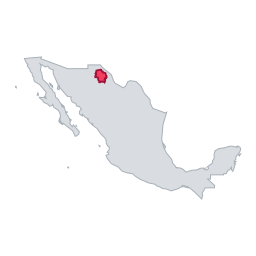 location of Ahumada, Chihuahua, Mexico
{"feature_id": "50627088B53671513789035", "entity_name": "Ahumada", "entity_type": "district", "adm_level": 2, "iso_a3": "MEX", "parent_name": "Mexico", "parent_adm1": "Chihuahua", "projection": "mercator", "projection_center": [-106.345, 30.427], "detail": "fine", "context": "in_parent", "style": "filled", "palette": "rose", "viewbox_px": 256, "rotation_deg": 0, "n_neighbors": 0, "source": "geoboundaries", "source_scale": "gbopen_adm2", "svg_char_len": 5419}
<svg xmlns="http://www.w3.org/2000/svg" viewBox="0 0 256 256"><path d="M24.4,58.5L41.5,57.0L40.7,58.7L67.8,68.7L87.9,68.6L87.9,64.9L100.4,64.9L102.6,67.6L111.4,74.8L113.5,80.8L115.0,83.1L123.2,87.8L125.8,86.0L127.8,81.7L130.2,80.7L136.1,81.5L141.0,86.3L144.3,93.3L149.9,99.5L150.3,103.5L152.7,108.3L165.1,112.9L166.7,112.2L163.0,124.6L161.7,139.2L162.3,142.3L165.5,146.4L164.8,148.6L165.0,146.4L162.4,142.9L163.2,146.1L166.4,152.9L171.6,159.3L172.8,163.3L176.4,167.4L175.4,167.2L177.5,168.2L176.9,167.6L180.7,168.1L183.4,169.5L185.8,172.1L192.3,170.2L197.1,169.9L200.2,168.3L203.5,168.0L204.2,168.6L204.0,169.4L206.7,170.0L208.5,168.7L208.0,166.6L207.1,167.1L207.4,166.7L212.3,163.2L212.7,160.4L214.1,158.7L214.1,154.1L215.1,150.7L218.9,148.6L225.6,147.6L228.5,146.4L231.8,146.1L237.2,147.3L237.6,146.6L236.2,146.5L238.0,146.0L240.2,147.5L240.6,149.6L239.5,152.4L236.0,156.6L235.8,159.4L234.1,161.1L234.4,161.7L235.9,161.5L234.3,163.2L234.3,163.9L235.4,163.7L233.2,170.7L232.7,171.3L231.6,169.8L231.3,167.1L229.7,169.9L228.1,170.1L226.1,173.7L223.8,173.6L223.6,174.8L210.5,174.8L210.5,179.0L207.6,179.0L214.6,185.4L214.4,187.8L205.2,187.8L201.9,193.7L202.8,195.1L201.7,199.0L195.0,192.4L189.7,187.9L186.4,186.2L186.1,186.6L189.1,188.1L184.4,186.8L184.7,185.7L183.5,186.2L182.7,185.2L181.8,186.2L183.4,186.7L181.0,187.0L178.7,188.5L171.2,190.9L166.4,189.0L162.4,188.5L159.6,186.8L156.9,186.0L155.2,184.3L148.6,182.9L140.3,179.4L135.0,176.0L132.7,173.7L127.2,172.9L121.9,171.0L118.5,167.2L111.2,163.6L107.3,158.5L106.0,155.4L108.9,153.9L108.5,152.6L107.1,152.2L109.1,149.8L109.3,147.0L107.7,146.0L106.2,143.2L106.2,140.6L105.1,138.2L100.8,133.9L97.0,128.5L91.1,123.9L92.8,124.8L92.9,123.8L89.8,122.8L87.4,119.1L89.1,119.3L84.5,116.8L83.8,115.5L82.1,116.0L81.8,115.4L83.1,114.0L80.9,115.1L79.6,114.0L79.3,111.6L80.9,109.5L81.5,109.9L80.3,107.6L78.9,106.2L76.9,106.3L75.6,103.3L73.2,102.6L71.8,101.3L70.8,98.7L71.4,97.0L67.2,96.2L59.8,87.6L59.3,85.6L58.2,85.0L53.4,74.2L53.0,71.0L53.5,69.9L49.4,68.5L48.4,66.7L47.1,66.1L45.6,67.1L40.0,63.8L41.1,66.0L40.4,70.1L41.7,73.3L42.8,79.4L48.4,84.8L50.3,88.4L51.1,88.2L51.5,89.3L52.3,89.4L53.1,91.8L54.7,92.5L55.7,97.3L58.6,99.7L59.6,102.4L60.9,103.3L61.9,106.5L63.1,107.3L62.4,104.9L64.0,106.3L66.0,113.6L67.8,115.6L70.3,120.8L69.9,123.0L70.5,124.9L72.6,126.8L73.3,124.9L79.3,131.6L78.8,134.1L76.4,136.0L75.1,136.2L72.6,130.7L63.2,123.3L62.3,123.4L60.4,121.0L60.0,119.4L60.5,115.9L59.7,112.6L58.2,110.2L53.7,107.3L52.7,104.4L51.9,105.6L49.6,106.2L47.8,104.2L43.5,102.2L42.8,100.5L39.6,98.0L39.3,97.2L42.6,97.6L44.6,96.9L44.5,97.7L46.2,98.5L45.6,96.6L44.8,96.4L46.3,92.5L40.0,84.9L34.8,81.6L33.8,79.9L33.8,77.1L32.5,76.2L32.0,73.0L30.3,71.6L30.1,69.7L27.7,66.6L27.3,65.2L28.0,64.3L26.4,63.0L24.4,58.5ZM59.5,87.8L59.0,89.7L57.3,89.0L57.9,86.1L58.9,85.8L59.5,87.8ZM52.7,87.4L50.3,85.3L49.6,83.1L50.9,83.8L51.2,85.0L52.4,85.3L52.7,87.4ZM239.4,156.0L238.8,155.4L239.1,154.6L240.6,153.9L239.4,156.0ZM60.5,123.3L58.8,121.4L59.8,117.5L59.5,121.0L60.5,123.3ZM38.4,95.3L37.1,95.1L37.9,92.9L38.5,94.5L38.4,95.3ZM16.5,88.3L15.4,86.9L15.6,86.3L16.0,86.3L16.5,88.3ZM62.0,123.4L63.0,124.9L60.8,123.4L62.0,123.4ZM100.1,146.1L99.9,146.7L99.3,146.4L99.1,145.4L100.1,146.1ZM70.9,119.4L71.3,120.6L70.2,119.1L70.9,119.4ZM66.8,111.6L67.4,112.1L66.5,113.2L66.8,111.6ZM68.7,167.8L68.2,168.0L67.6,167.5L68.1,166.9L68.7,167.8ZM205.8,168.1L204.7,168.3L206.6,167.7L205.8,168.1ZM76.6,126.2L76.0,126.0L76.0,124.9L76.6,126.2Z" fill="#d9dde1" stroke="#a8b0b8" stroke-width="1"/><path d="M97.8,70.4L97.5,70.1L97.3,70.1L97.3,70.6L96.2,70.6L96.2,70.9L96.3,70.9L96.2,70.9L96.2,71.0L96.2,71.7L96.0,71.8L96.0,72.0L95.9,72.1L95.8,72.3L95.8,72.5L96.3,72.5L96.3,73.0L96.1,73.0L96.2,73.3L96.1,73.6L95.9,73.7L95.5,73.7L96.0,74.4L95.9,74.4L95.9,74.5L95.9,74.8L95.8,74.7L95.7,74.7L95.7,74.8L95.6,75.0L96.1,75.0L95.1,76.3L95.7,76.8L95.6,77.0L95.4,77.3L95.7,77.3L95.9,77.1L96.0,77.2L96.2,76.9L96.3,76.9L96.4,77.0L96.5,77.1L96.8,77.0L97.0,77.2L97.0,77.3L97.1,77.5L97.4,77.5L98.3,77.8L98.3,78.4L98.2,78.4L98.2,78.7L98.0,78.9L98.1,79.1L98.0,79.4L98.1,79.6L98.3,79.9L98.3,80.0L98.3,80.3L98.4,80.5L98.7,80.6L98.8,80.6L99.0,80.6L99.0,80.9L99.1,81.2L99.2,81.4L99.3,81.4L99.2,81.5L99.0,82.1L99.4,82.1L99.4,81.7L99.6,81.7L99.7,81.8L100.0,81.8L100.0,82.0L100.1,82.3L100.2,82.2L100.3,81.9L101.0,81.8L101.1,82.0L101.8,82.0L101.7,81.9L101.6,81.7L101.8,81.4L102.0,81.4L102.2,81.5L102.9,81.7L104.2,81.6L104.1,81.9L104.0,82.1L104.2,82.3L104.3,82.4L104.3,82.1L104.5,82.0L104.9,82.1L105.0,81.7L104.5,81.4L105.0,81.4L105.0,80.8L105.0,80.6L105.3,80.6L105.3,79.4L105.0,79.4L104.4,79.4L104.3,79.2L104.5,79.0L104.6,78.9L104.9,78.6L105.2,78.4L105.3,78.4L105.5,78.3L105.6,78.2L105.8,78.1L105.7,78.0L105.8,78.0L105.8,77.9L106.3,78.1L106.3,77.7L105.9,77.7L106.0,77.6L105.9,77.4L106.0,77.2L106.3,77.1L106.3,76.9L106.6,76.9L106.8,76.9L106.7,76.6L106.5,76.4L106.5,76.2L106.5,75.9L106.6,75.7L106.4,75.5L105.9,75.5L105.9,74.3L105.7,74.2L105.7,73.8L105.7,73.3L105.7,73.2L105.3,73.1L105.3,72.9L105.1,72.7L104.9,72.6L104.5,72.6L104.5,72.9L103.3,72.9L103.3,72.2L103.5,72.2L103.4,72.2L103.2,72.2L103.0,71.9L103.0,71.5L102.7,71.5L102.3,71.7L102.3,71.4L102.3,71.2L102.1,71.1L101.9,71.1L101.7,71.1L101.7,70.9L101.7,70.7L101.5,70.1L101.4,70.1L101.0,69.8L101.0,70.1L100.8,70.0L100.9,69.8L100.0,69.8L100.1,70.1L99.5,70.1L99.4,70.1L99.2,70.1L99.1,69.9L98.9,69.9L98.9,70.0L98.7,70.0L98.4,70.0L98.1,70.3L97.8,70.4Z" fill="#f43f5e" stroke="#9f1239" stroke-width="1.5"/></svg>